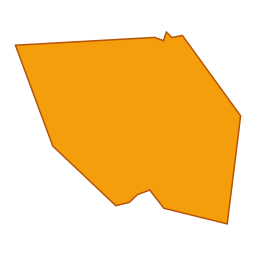 the district of Edmonson, Kentucky, United States of America
{"feature_id": "52423323B80826277411583", "entity_name": "Edmonson", "entity_type": "district", "adm_level": 2, "iso_a3": "USA", "parent_name": "United States of America", "parent_adm1": "Kentucky", "projection": "natural_earth1", "projection_center": [-86.22, 37.197], "detail": "fine", "context": "isolated", "style": "filled", "palette": "amber", "viewbox_px": 256, "rotation_deg": 0, "n_neighbors": 0, "source": "geoboundaries", "source_scale": "gbopen_adm2", "svg_char_len": 326}
<svg xmlns="http://www.w3.org/2000/svg" viewBox="0 0 256 256"><path d="M15.4,45.2L52.8,146.1L115.8,205.7L129.4,202.3L137.3,194.7L149.7,190.0L163.9,208.3L206.1,218.7L227.2,223.9L236.7,147.9L240.6,115.8L182.4,35.5L172.0,37.5L166.4,32.1L163.4,40.7L154.8,37.4L15.4,45.2Z" fill="#f59e0b" stroke="#b45309" stroke-width="1.5"/></svg>